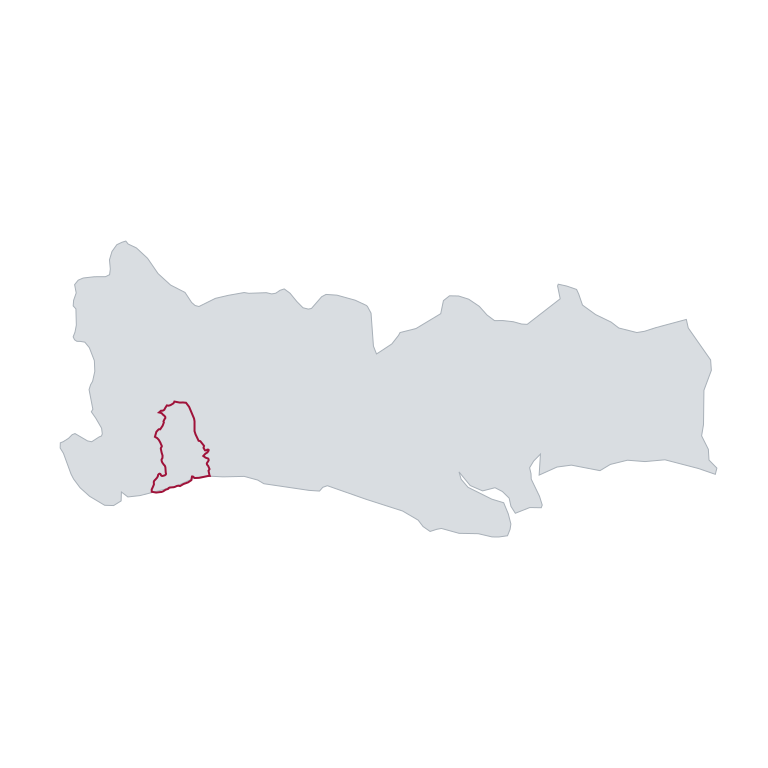 location of Porto within Portugal, rotated 266°
{"feature_id": "PRT-754", "entity_name": "Porto", "entity_type": "District", "adm_level": 1, "iso_a3": "PRT", "parent_name": "Portugal", "parent_adm1": "", "projection": "mercator", "projection_center": [-8.398, 41.24], "detail": "fine", "context": "in_parent", "style": "outline", "palette": "rose", "viewbox_px": 768, "rotation_deg": 266, "n_neighbors": 0, "source": "natural_earth", "source_scale": "10m", "svg_char_len": 4062}
<svg xmlns="http://www.w3.org/2000/svg" viewBox="0 0 768 768"><g transform="rotate(266 384 384)"><path d="M292.5,82.5L301.7,73.6L310.9,67.7L316.0,65.5L337.2,59.4L342.7,56.5L347.9,57.0L348.8,59.9L351.8,65.5L355.2,69.4L356.1,72.3L347.9,84.3L346.8,88.4L351.1,96.2L351.8,98.5L353.9,99.5L359.6,99.2L369.8,94.2L376.7,90.1L379.1,91.8L399.0,89.4L403.8,91.3L407.0,93.5L416.8,96.4L427.5,96.7L440.8,92.6L446.6,88.5L447.7,84.0L448.0,80.6L449.7,78.4L452.7,77.2L457.4,79.4L464.2,81.2L480.4,81.9L483.6,79.4L489.1,80.2L496.3,83.3L504.7,82.3L508.9,86.2L510.7,91.3L511.2,102.5L510.5,113.7L512.2,117.9L517.8,119.0L527.0,118.8L535.2,121.9L541.6,127.2L543.7,132.6L544.6,136.4L541.5,138.5L537.0,146.5L525.9,156.9L509.9,166.3L497.6,178.0L489.2,191.9L478.7,197.8L475.5,201.0L474.2,204.8L481.2,221.8L483.3,234.9L485.0,250.9L483.9,255.4L483.3,273.0L481.7,278.2L482.1,282.3L484.7,286.8L485.8,291.1L481.1,296.6L472.2,302.9L465.7,308.5L464.0,313.7L464.4,316.9L475.4,327.9L477.4,332.4L475.9,343.3L469.6,361.1L463.6,371.9L462.5,372.9L455.6,376.0L422.5,376.1L414.5,378.6L415.6,380.7L423.4,394.6L431.5,401.9L434.2,403.6L437.1,419.8L450.2,445.5L463.0,449.1L467.4,455.5L466.6,464.5L462.7,474.4L454.8,484.5L445.6,491.6L439.5,498.7L439.0,506.9L437.1,517.3L434.2,525.5L433.5,531.0L456.7,565.7L469.7,564.0L471.4,564.8L469.0,573.0L464.9,582.7L460.1,584.5L448.9,587.5L438.5,599.9L429.9,614.9L423.5,622.1L417.7,639.8L418.4,647.5L421.3,659.3L427.3,690.1L418.7,691.4L385.2,711.5L374.8,711.5L355.4,702.7L321.3,699.9L310.1,697.2L296.2,703.0L285.5,702.9L276.9,710.2L270.8,708.2L277.8,691.7L288.8,659.0L288.4,639.0L291.0,621.5L288.0,604.2L282.5,593.4L290.0,565.3L289.1,550.8L282.3,532.4L303.2,535.2L296.7,527.9L290.3,523.4L284.2,524.4L278.9,524.2L261.1,531.3L252.2,533.4L249.6,532.2L250.6,520.8L245.9,506.0L253.1,502.1L261.4,500.9L268.5,494.6L272.8,487.5L270.5,474.9L276.7,462.9L291.1,452.7L283.6,454.3L275.1,460.6L261.6,483.5L257.2,495.1L245.8,498.9L235.5,500.8L230.2,499.6L224.0,496.6L223.4,488.1L223.9,481.2L228.1,467.6L229.8,448.5L235.9,431.2L235.4,426.6L233.7,419.7L239.1,413.0L245.8,408.6L256.0,393.7L270.2,358.2L286.5,320.4L285.2,315.7L281.7,312.2L283.1,301.9L292.9,257.2L297.0,251.3L301.6,238.1L302.6,216.8L304.4,202.1L304.0,194.7L302.6,185.8L296.3,168.8L289.7,132.7L289.2,120.6L294.6,114.5L285.7,113.6L281.6,105.8L282.5,96.9L292.5,82.5Z" fill="#d9dde1" stroke="#a8b0b8" stroke-width="1"/><path d="M304.5,203.8L304.5,202.0L303.3,193.2L303.4,188.6L305.1,186.8L305.1,186.0L301.5,185.1L299.5,181.6L298.2,177.0L296.4,173.4L296.9,171.6L296.7,170.2L296.1,168.7L295.7,167.1L295.7,163.1L295.2,161.8L294.5,161.5L294.1,160.1L293.8,158.8L292.4,156.4L291.8,154.5L291.8,152.9L291.6,149.1L292.7,144.8L295.0,144.9L297.3,146.2L299.9,147.5L302.3,147.5L303.3,147.9L304.1,148.7L304.7,149.4L306.4,151.1L307.8,152.0L308.9,152.2L309.9,153.1L310.2,153.9L309.9,154.6L309.4,154.9L308.4,155.2L307.7,156.2L307.8,157.2L308.2,159.0L308.8,159.9L309.5,160.3L309.8,160.3L310.8,160.1L316.3,160.1L317.1,159.8L317.9,159.6L318.6,158.9L319.4,158.4L321.2,157.3L322.9,156.8L324.1,156.8L324.9,157.3L325.6,157.8L328.0,158.1L331.0,157.4L335.1,156.8L335.9,157.1L337.2,158.0L337.8,158.0L340.1,157.1L340.9,156.9L343.9,155.5L345.8,154.0L347.3,151.8L352.2,153.6L354.2,155.7L354.6,156.4L354.4,157.6L357.9,160.3L361.0,161.7L362.1,161.4L364.2,162.6L365.3,163.5L366.4,163.5L367.1,163.1L367.8,162.5L368.3,162.0L368.7,161.5L369.4,160.9L369.9,160.6L370.4,160.1L370.7,159.5L370.9,158.9L371.3,157.6L372.9,159.7L372.8,160.8L373.0,162.0L373.7,163.1L375.1,163.9L377.8,165.9L377.4,167.6L377.8,169.5L379.4,172.6L380.7,173.5L381.1,173.7L379.7,179.0L379.6,182.1L379.1,185.2L374.8,188.0L362.8,192.1L360.0,192.4L350.2,191.7L346.9,192.5L340.3,195.1L339.9,196.5L339.6,196.9L334.8,200.2L332.9,199.5L330.3,200.8L330.2,201.5L330.3,202.3L330.8,203.0L330.9,203.8L330.6,204.4L329.8,204.4L328.0,203.0L327.3,201.6L326.8,200.8L324.8,198.7L323.1,200.7L322.7,201.4L322.0,203.2L321.3,203.7L320.2,203.8L318.9,203.0L318.0,202.2L317.2,201.7L316.0,201.8L314.5,202.9L311.3,204.0L309.7,202.9L305.4,203.5L304.5,203.8L304.5,203.8Z" fill="none" stroke="#9f1239" stroke-width="2"/></g></svg>